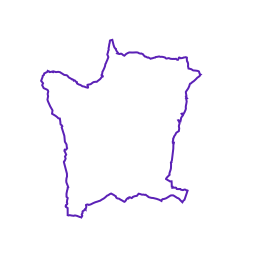 the district of Vulturesti, Arges, Romania, rotated 250°
{"feature_id": "2599482B57723445665641", "entity_name": "Vulturesti", "entity_type": "district", "adm_level": 2, "iso_a3": "ROU", "parent_name": "Romania", "parent_adm1": "Arges", "projection": "natural_earth1", "projection_center": [25.099, 45.058], "detail": "fine", "context": "isolated", "style": "outline", "palette": "violet", "viewbox_px": 256, "rotation_deg": 250, "n_neighbors": 0, "source": "geoboundaries", "source_scale": "gbopen_adm2", "svg_char_len": 5743}
<svg xmlns="http://www.w3.org/2000/svg" viewBox="0 0 256 256"><g transform="rotate(250 128 128)"><path d="M153.4,214.5L154.0,214.1L154.4,213.9L156.8,214.0L157.7,213.2L158.1,212.5L158.7,211.4L159.8,209.0L160.3,208.5L161.1,208.0L161.7,207.5L161.9,207.1L162.2,206.8L163.2,205.2L164.4,205.4L165.5,205.5L167.0,206.2L168.6,206.6L169.3,206.4L169.9,206.5L170.1,206.6L170.7,206.3L172.2,206.7L174.0,207.4L174.8,206.5L174.8,206.0L175.2,204.5L175.1,204.0L175.2,203.5L175.2,202.9L175.5,201.4L176.4,200.7L176.7,200.3L176.7,199.9L175.7,199.1L175.0,198.3L175.2,197.8L175.7,197.2L176.6,196.8L177.1,194.9L177.4,194.4L177.5,193.8L178.1,192.5L178.2,192.1L179.0,191.0L179.3,190.8L179.7,190.2L179.8,189.8L179.9,189.0L180.1,187.9L180.5,187.4L181.7,186.8L181.9,186.4L182.4,185.8L183.3,184.3L183.7,183.0L184.1,182.3L184.6,181.7L184.8,180.2L185.0,179.2L185.2,178.3L184.9,177.6L185.1,176.9L185.2,174.6L185.4,173.7L185.3,173.0L187.3,171.3L187.5,170.4L189.0,169.1L189.2,168.5L190.9,167.6L192.0,167.4L193.4,166.1L193.7,165.0L194.5,163.9L195.6,163.0L196.3,161.5L197.3,158.2L198.6,155.0L198.5,153.4L198.2,151.6L197.3,149.6L197.2,149.3L198.0,148.5L199.7,147.5L200.3,146.8L200.3,145.6L200.9,144.5L201.7,143.5L202.0,144.3L203.8,143.7L205.8,143.4L206.4,143.7L206.9,143.3L208.3,142.8L210.8,142.8L216.2,143.4L216.4,141.3L216.4,141.1L216.1,140.8L214.1,139.8L213.1,139.0L212.4,138.7L210.6,137.7L209.6,137.0L208.0,136.6L207.0,135.6L206.3,135.3L204.2,133.7L203.6,133.7L202.5,133.8L201.5,133.8L201.2,133.7L199.6,132.3L199.0,131.8L198.1,130.9L197.4,130.2L196.8,129.8L196.2,129.1L195.8,128.6L193.9,127.5L192.4,126.2L190.3,124.1L189.7,123.3L187.5,122.1L186.8,121.2L186.3,121.2L185.6,122.0L185.0,121.9L184.9,120.8L183.5,118.6L182.4,115.2L182.1,114.6L182.1,114.4L182.6,113.1L182.9,111.3L182.7,110.3L182.0,108.1L182.0,107.5L182.4,105.2L182.4,104.7L182.1,104.5L180.1,104.5L179.7,104.3L179.6,104.0L180.8,102.2L182.0,100.9L182.8,99.4L184.0,98.6L185.0,97.7L185.4,97.0L186.8,95.7L187.2,95.4L187.5,95.3L188.0,95.4L188.4,95.7L188.6,95.7L189.1,95.0L190.7,94.4L191.1,93.9L191.2,93.7L191.1,93.4L191.1,93.2L191.3,93.2L191.6,93.2L191.9,93.2L192.2,92.8L192.6,92.6L192.8,92.1L192.9,91.9L193.4,91.8L193.8,91.3L194.7,90.6L195.3,90.0L196.1,89.5L197.0,89.3L198.0,88.8L198.5,88.5L198.8,88.0L199.2,87.1L199.7,86.3L200.2,85.8L201.5,84.9L202.3,84.2L203.6,83.3L204.5,81.9L204.8,81.0L205.1,79.6L205.4,79.0L206.1,78.3L206.2,77.7L206.5,77.4L206.2,77.3L206.0,76.8L206.3,76.4L207.0,75.6L207.2,73.9L207.4,73.4L208.0,73.3L209.1,72.1L208.8,71.9L208.4,71.7L207.9,67.9L206.7,67.2L206.2,65.7L205.3,65.3L202.0,62.5L199.1,63.5L197.6,62.0L194.3,62.4L191.9,64.9L190.8,65.6L189.5,65.5L187.4,64.1L185.2,63.8L182.2,62.0L180.6,61.9L175.0,62.3L170.4,63.1L167.4,61.5L164.3,64.0L162.4,65.2L160.9,65.9L160.2,67.2L156.8,66.5L155.2,66.0L154.3,65.9L153.4,66.6L152.1,66.9L151.4,65.9L142.4,65.5L136.7,64.0L133.6,64.6L130.3,63.8L129.9,63.9L128.9,62.7L128.9,62.2L129.2,61.3L129.3,61.2L129.2,61.0L129.0,60.9L128.2,60.4L127.4,60.6L124.1,60.8L122.7,59.0L120.5,58.9L118.7,57.2L118.5,56.5L118.0,56.1L106.0,55.0L103.3,54.1L101.8,53.0L99.5,51.9L97.9,51.5L92.7,51.6L92.3,50.7L91.5,50.5L90.1,49.4L87.2,47.7L84.4,46.7L82.8,47.4L82.0,46.9L81.2,46.2L80.9,46.1L79.0,45.1L78.0,45.2L77.2,44.7L76.9,43.5L76.6,43.3L76.3,43.2L76.1,42.9L75.8,43.0L75.5,42.6L75.2,42.6L73.4,43.9L66.7,41.5L66.1,42.4L66.1,43.2L65.8,43.8L64.9,45.3L64.0,47.1L64.1,47.6L63.9,48.4L62.9,50.0L62.4,50.5L61.6,51.5L61.2,51.8L60.3,53.2L59.9,53.5L60.4,54.2L61.1,55.0L61.6,55.0L62.3,54.8L62.8,55.1L63.6,56.2L64.1,56.4L64.6,56.4L65.3,57.0L65.5,58.3L66.4,59.7L65.7,60.2L66.3,60.4L67.5,61.4L68.3,61.9L68.7,62.0L69.8,62.1L70.1,62.3L70.1,63.3L69.9,64.1L69.2,64.7L69.0,65.8L69.0,67.2L69.3,69.7L69.4,71.2L69.4,72.7L69.3,74.0L69.3,75.9L69.2,76.9L69.7,79.0L70.0,81.0L70.5,82.6L71.6,85.3L71.6,86.2L71.8,87.2L72.1,88.3L72.2,89.7L70.1,91.6L68.7,92.6L68.0,93.2L66.8,93.1L66.3,93.3L65.6,93.8L65.1,94.5L64.8,95.2L64.1,95.9L63.3,96.3L62.6,97.1L60.6,98.7L59.9,99.3L60.0,100.1L60.7,101.2L61.5,102.1L62.2,103.7L61.6,104.3L61.8,104.7L62.3,105.3L62.5,105.5L62.2,106.1L61.6,106.8L60.9,107.5L61.1,108.3L61.6,109.1L61.6,111.1L61.2,113.1L62.6,115.5L61.9,116.7L60.6,118.3L60.1,119.8L59.5,120.7L59.2,121.8L58.1,122.4L57.2,123.2L56.1,123.6L54.4,126.0L53.6,127.7L51.6,130.7L49.7,133.0L48.0,134.5L48.9,135.2L49.3,136.1L49.0,137.5L48.9,139.5L49.2,141.3L50.0,144.9L49.7,146.3L49.1,147.6L45.3,150.5L44.8,151.2L44.0,151.8L43.3,152.1L42.4,152.4L39.6,153.7L40.8,155.2L41.2,156.5L48.8,162.6L49.1,162.3L49.1,162.0L49.4,161.5L50.3,161.0L50.8,160.2L50.9,159.3L50.8,158.7L51.0,158.0L51.9,156.7L52.3,156.3L52.8,156.3L53.3,155.0L53.4,154.2L54.1,152.9L55.3,152.8L55.6,152.5L55.9,151.8L56.1,151.0L56.3,150.6L56.6,149.3L57.6,149.8L58.0,149.1L61.9,150.4L63.0,150.7L63.5,149.1L64.4,148.5L65.4,147.6L66.3,146.9L67.0,146.3L67.3,146.4L68.1,147.5L68.5,148.3L69.8,151.1L70.5,151.1L71.7,151.8L73.0,152.8L74.1,153.7L75.5,154.6L78.7,155.9L80.9,156.5L81.2,156.9L81.1,157.2L81.5,157.3L82.6,158.2L93.1,163.5L97.5,165.2L97.5,165.5L98.5,166.1L98.8,165.1L99.9,165.4L101.5,166.5L102.0,166.5L102.4,166.7L102.9,167.1L103.0,167.4L103.4,167.8L104.3,168.4L105.6,170.3L106.6,171.2L107.1,172.0L107.7,174.7L110.1,176.0L112.3,176.4L113.6,177.2L114.5,178.0L115.4,178.1L116.8,178.1L118.1,177.8L118.1,178.1L116.4,179.6L117.4,180.3L119.2,181.3L119.9,182.0L120.3,182.7L121.1,183.9L122.0,183.6L123.0,183.2L123.1,183.8L122.3,185.1L123.5,186.5L125.5,188.4L126.8,189.2L127.2,189.2L128.3,189.6L129.6,190.3L130.7,191.0L132.8,192.2L135.7,192.7L135.7,193.6L136.4,193.4L136.6,192.9L137.4,193.5L138.0,193.3L138.3,193.9L141.1,194.4L142.1,194.7L142.9,195.7L144.5,198.0L146.4,199.9L147.7,200.8L148.4,201.5L148.4,202.4L149.3,204.6L149.3,205.3L150.5,208.2L151.6,210.4L151.8,211.3L152.0,212.1L152.6,213.5L153.3,213.9L153.4,214.5Z" fill="none" stroke="#5b21b6" stroke-width="2"/></g></svg>